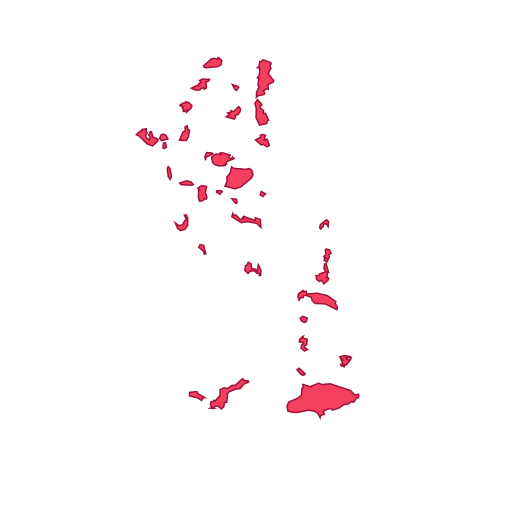 SVG path tracing the border of Notio Aigaio, rotated 46°
{"feature_id": "GRC-3013", "entity_name": "Notio Aigaio", "entity_type": "Region", "adm_level": 1, "iso_a3": "GRC", "parent_name": "Greece", "parent_adm1": "", "projection": "orthographic", "projection_center": [25.984, 36.675], "detail": "fine", "context": "isolated", "style": "filled", "palette": "rose", "viewbox_px": 512, "rotation_deg": 46, "n_neighbors": 0, "source": "natural_earth", "source_scale": "10m", "svg_char_len": 6149}
<svg xmlns="http://www.w3.org/2000/svg" viewBox="0 0 512 512"><g transform="rotate(46 256 256)"><path d="M429.2,280.7L428.0,282.3L429.0,287.2L426.9,288.9L426.4,292.7L423.9,296.3L422.9,302.1L420.2,307.9L417.8,307.9L416.3,310.2L414.3,315.5L417.4,316.9L415.6,320.0L416.9,322.2L412.3,320.8L408.4,321.6L403.1,325.7L397.2,335.1L394.0,338.1L389.9,340.8L385.6,338.1L383.8,334.0L387.3,324.7L387.5,319.6L383.1,315.0L383.4,313.1L380.9,311.6L388.5,307.2L388.1,306.3L391.1,299.2L394.1,298.0L399.5,291.4L418.5,281.4L424.3,281.6L426.8,278.2L429.2,280.7ZM191.0,199.4L195.2,201.4L196.8,205.3L195.7,219.0L193.2,224.3L184.2,229.8L181.9,224.4L178.9,222.3L178.4,217.0L174.9,211.7L177.5,211.1L186.5,203.2L188.3,200.2L191.0,199.4ZM145.2,136.6L145.4,138.1L142.1,143.3L142.1,145.5L138.6,141.8L136.6,136.5L134.2,135.8L130.1,130.3L128.7,131.2L128.2,128.1L126.6,126.1L123.5,122.8L121.5,124.2L121.7,122.1L118.8,118.3L119.8,118.0L119.7,114.7L127.1,111.0L128.4,111.7L128.4,113.6L131.5,115.1L133.0,120.4L142.1,121.5L142.9,122.5L141.1,128.3L144.6,131.4L143.4,132.1L142.2,135.9L145.2,136.6ZM339.5,380.4L342.0,383.7L342.0,387.2L337.4,387.6L335.7,389.7L335.3,392.5L336.6,391.7L336.1,392.6L333.5,394.8L334.1,393.0L331.0,391.8L329.6,389.6L331.0,388.0L330.4,386.6L331.9,386.2L331.3,378.7L327.2,374.6L328.7,370.5L331.4,368.8L332.4,363.2L334.7,360.4L334.8,351.3L336.1,350.5L337.3,351.3L340.5,348.2L341.5,348.9L339.7,353.9L340.4,359.5L337.9,362.6L335.0,369.6L335.2,372.0L340.9,378.6L339.5,380.4ZM344.2,230.3L345.2,232.0L349.5,233.0L350.8,235.1L338.5,239.5L331.2,246.5L327.1,246.5L324.0,245.0L319.1,247.4L317.7,248.8L318.7,251.1L316.9,252.7L317.6,255.6L314.4,254.1L312.7,251.6L313.4,246.2L314.4,246.7L316.2,244.4L318.6,245.9L325.1,238.0L334.0,232.2L344.2,230.3ZM156.5,159.9L149.8,153.1L145.5,150.8L144.5,146.3L150.4,146.4L151.6,147.1L150.9,148.6L153.3,150.2L156.4,149.4L158.7,151.7L160.0,150.1L167.0,152.5L166.4,153.3L168.1,156.3L164.3,162.5L156.5,159.9ZM169.5,215.4L165.3,220.2L161.4,222.3L158.3,222.1L154.0,219.2L154.9,213.8L158.7,210.8L156.9,210.4L158.2,208.6L166.0,204.1L164.7,206.0L167.7,207.2L168.9,205.7L168.4,204.1L170.7,204.2L168.0,210.9L168.0,212.5L169.5,213.2L168.3,214.7L169.5,215.4ZM98.7,247.6L103.9,245.4L105.0,246.9L104.9,254.0L99.5,256.5L88.9,256.6L85.6,257.9L85.7,252.6L86.9,251.2L85.7,250.3L88.2,246.6L90.6,248.9L91.8,248.7L92.8,251.8L94.4,252.7L98.4,252.2L97.3,249.8L94.5,249.0L93.0,246.0L94.0,244.9L98.7,247.6ZM91.7,144.8L94.1,148.2L93.4,151.6L86.1,160.9L84.4,162.2L82.8,161.6L83.2,151.6L84.3,149.2L87.6,147.1L88.2,146.2L87.0,145.5L87.9,145.0L91.7,144.8ZM232.8,227.6L238.8,232.6L232.8,232.9L225.4,238.3L221.8,243.4L210.9,246.1L209.4,243.3L210.7,244.0L212.5,242.0L218.8,241.9L220.3,238.9L219.3,239.4L218.8,237.4L229.8,232.1L228.0,229.9L232.8,227.6ZM311.9,226.5L313.6,224.2L313.1,222.6L315.5,217.5L314.6,216.1L312.3,216.0L309.5,212.3L309.8,210.8L318.3,215.2L317.1,215.9L320.0,218.7L320.2,220.4L322.4,219.1L323.4,220.9L323.1,226.5L319.0,225.7L318.2,228.2L314.8,228.6L311.9,226.5ZM168.6,251.4L169.2,250.6L166.7,250.6L167.7,246.1L171.6,243.2L175.2,248.4L179.7,250.5L180.5,252.3L178.9,253.2L179.3,255.9L177.3,258.6L174.2,257.0L168.6,251.4ZM90.6,174.8L91.3,171.9L96.7,166.7L97.3,168.2L96.1,171.1L100.6,174.9L100.1,177.2L98.9,176.8L97.9,178.0L97.1,181.7L94.3,184.4L90.4,186.0L92.1,180.3L93.5,179.3L92.3,177.8L92.9,174.8L90.6,174.8ZM264.0,260.5L270.0,262.5L273.2,266.5L272.2,267.1L271.3,265.7L268.8,267.3L265.1,267.6L262.9,271.1L263.0,273.8L258.7,274.1L255.6,270.3L256.3,268.8L255.2,266.0L258.1,265.0L262.3,268.0L264.4,265.8L267.7,265.8L264.0,260.5ZM179.8,175.1L172.1,175.7L173.8,170.2L172.2,169.1L172.7,167.4L175.7,165.3L178.3,169.7L179.8,166.8L185.7,169.5L185.2,172.1L180.9,173.1L179.8,175.1ZM119.3,216.4L123.3,221.8L124.5,225.8L119.6,230.7L116.1,222.5L116.8,220.1L113.8,217.1L114.5,215.6L113.9,214.8L117.9,217.0L119.3,216.4ZM140.6,172.9L142.3,174.8L142.3,176.6L135.2,180.7L135.8,176.9L133.4,176.9L135.2,173.9L134.1,173.2L136.7,171.4L136.5,164.7L139.5,164.9L141.1,167.4L141.8,170.3L140.6,172.9ZM178.0,277.7L181.1,278.7L186.5,283.8L187.4,288.9L185.2,292.7L181.8,293.2L176.1,291.1L180.3,290.4L182.7,287.4L181.0,282.8L181.5,280.8L176.8,279.1L178.0,277.7ZM96.8,200.4L96.1,199.6L99.0,197.8L103.5,197.7L104.5,199.7L104.4,205.8L103.3,204.2L102.9,206.6L101.4,207.9L100.8,206.6L101.4,206.4L98.5,206.4L98.1,204.9L94.8,206.3L94.6,205.0L95.6,204.1L94.9,203.0L96.8,200.4ZM396.3,260.4L397.0,267.2L395.8,267.9L397.0,269.5L394.1,271.0L392.8,270.3L394.6,268.8L389.6,266.8L390.9,265.8L386.7,265.9L389.1,261.4L393.8,258.2L395.4,258.0L395.6,258.9L392.1,260.5L391.5,262.1L392.7,261.7L393.3,262.8L396.3,260.4ZM355.1,281.4L354.3,283.4L355.4,284.5L359.1,283.9L357.9,287.2L353.5,287.6L351.7,284.6L352.1,282.9L350.9,282.3L347.9,284.5L346.3,282.7L346.3,278.6L346.6,277.7L347.4,279.4L351.4,277.0L355.1,281.4ZM314.6,393.5L322.4,391.2L321.3,392.7L322.0,395.6L317.7,396.4L310.5,401.0L307.9,398.5L312.5,392.7L314.6,393.5ZM307.6,203.9L309.6,209.0L306.4,209.9L305.3,208.4L306.5,207.0L303.5,207.6L303.4,204.6L299.9,202.1L299.6,200.7L302.6,198.8L306.3,200.2L305.8,202.9L307.6,203.9ZM157.5,251.3L161.0,251.4L160.7,252.8L152.8,260.3L150.5,260.2L153.8,253.5L157.5,251.3ZM110.6,238.0L107.4,243.9L104.5,243.6L102.9,240.0L104.1,237.9L106.5,236.9L110.6,238.0ZM281.7,179.9L284.9,183.7L282.0,182.9L280.0,185.1L281.4,187.1L281.6,190.8L279.8,190.5L278.2,188.0L278.9,180.1L281.7,179.9ZM336.3,262.3L338.1,265.4L337.4,267.5L334.2,268.4L331.4,267.4L332.1,264.1L336.3,262.3ZM209.0,288.3L211.9,286.3L219.5,290.5L218.8,292.0L216.2,290.5L210.0,291.1L209.0,288.3ZM133.1,257.0L140.0,261.5L141.4,264.6L137.8,263.9L131.4,259.0L130.7,257.0L133.1,257.0ZM152.0,225.8L149.1,223.9L147.3,219.7L151.4,216.0L152.7,216.0L150.2,223.5L152.0,225.8ZM366.8,302.9L374.8,302.5L375.0,304.1L374.2,305.4L371.8,305.9L366.2,305.5L366.8,302.9ZM122.6,151.2L123.3,155.2L121.3,155.4L116.2,153.9L121.2,151.3L122.6,151.2ZM111.7,242.5L115.5,244.8L114.9,247.4L113.6,247.8L110.5,244.0L111.7,242.5ZM181.8,239.1L183.9,236.4L186.7,235.0L186.0,235.8L186.6,238.9L182.8,240.2L181.8,239.1ZM198.1,233.6L201.7,230.6L204.7,232.8L203.8,234.1L198.1,233.6ZM218.0,209.8L214.9,210.5L213.2,207.4L217.9,205.9L218.0,209.8Z" fill="#f43f5e" stroke="#9f1239" stroke-width="1.5"/></g></svg>